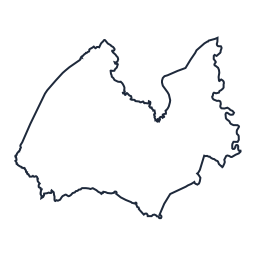 Mamprugu Moagduri, Northern, Ghana (Robinson projection)
{"feature_id": "2480657B18075285363234", "entity_name": "Mamprugu Moagduri", "entity_type": "district", "adm_level": 2, "iso_a3": "GHA", "parent_name": "Ghana", "parent_adm1": "Northern", "projection": "robinson", "projection_center": [-1.366, 10.258], "detail": "fine", "context": "isolated", "style": "outline", "palette": "slate", "viewbox_px": 256, "rotation_deg": 0, "n_neighbors": 0, "source": "geoboundaries", "source_scale": "gbopen_adm2", "svg_char_len": 5805}
<svg xmlns="http://www.w3.org/2000/svg" viewBox="0 0 256 256"><path d="M41.3,198.1L43.2,196.9L44.0,195.3L44.1,193.6L47.2,193.2L48.6,192.6L50.1,193.0L51.2,192.9L51.6,192.4L51.3,191.0L51.6,190.4L53.7,192.3L54.1,195.2L54.5,196.4L54.5,199.8L54.8,200.7L55.4,201.0L56.5,200.2L57.9,200.7L60.1,199.7L61.6,197.3L62.6,196.1L65.3,194.7L66.0,194.7L68.4,196.2L69.4,196.0L70.9,195.0L72.6,193.1L74.8,192.4L75.8,191.2L77.6,190.8L78.7,189.7L80.7,189.4L81.6,188.4L82.4,188.1L85.7,188.1L88.9,188.5L90.4,189.0L92.8,188.2L96.4,190.2L98.4,191.9L100.2,192.7L101.3,193.8L102.1,192.8L102.5,193.2L103.0,192.9L103.4,191.8L105.7,192.2L107.5,193.0L111.2,193.4L114.0,192.8L114.2,192.7L114.4,191.8L114.8,191.6L115.8,191.6L116.3,191.9L116.6,192.6L116.2,193.8L120.8,197.4L125.9,200.0L131.1,202.1L131.9,202.8L134.7,203.5L135.4,202.7L136.1,202.7L136.4,203.0L136.5,203.7L136.1,204.2L137.4,207.2L138.5,207.4L139.1,208.7L138.9,209.2L143.8,214.6L145.1,213.6L146.6,213.6L147.5,214.6L147.7,216.1L151.6,216.1L152.9,214.9L154.5,214.6L156.3,215.5L156.8,216.3L158.7,216.5L158.7,217.1L159.1,217.9L159.8,218.2L160.9,218.1L161.4,217.2L161.4,216.2L160.5,215.1L159.6,214.6L164.2,203.8L170.2,194.0L185.8,186.7L187.9,185.4L191.3,183.9L194.3,182.0L194.6,183.0L195.6,183.8L197.4,184.6L199.0,183.5L199.8,181.4L200.4,177.8L198.8,175.2L197.2,173.5L198.2,172.8L199.9,169.8L204.2,155.7L205.5,156.1L207.1,155.9L208.7,156.7L209.8,156.7L210.6,157.6L212.7,158.8L214.2,159.1L216.0,160.5L217.4,161.0L218.0,161.6L218.9,164.0L220.8,165.8L221.2,165.9L221.5,166.4L222.0,166.6L222.3,167.1L222.9,166.6L224.3,163.6L224.8,162.0L224.3,159.7L226.2,156.0L227.3,155.5L229.0,155.9L231.0,157.0L232.0,156.9L235.7,154.7L238.8,153.4L240.5,151.7L240.6,151.1L240.5,150.7L239.0,150.7L238.4,149.9L238.1,148.5L238.2,146.3L237.6,145.2L236.8,145.0L236.1,145.2L235.3,146.6L235.4,147.2L234.4,148.8L233.0,149.0L232.3,148.4L232.2,145.3L232.4,143.9L233.5,141.8L237.6,141.9L238.8,139.8L238.7,136.1L238.3,135.2L236.9,133.8L236.7,132.1L236.9,130.3L238.6,127.5L239.0,126.7L238.8,126.1L237.6,125.2L233.4,125.1L231.1,124.0L230.3,123.3L229.4,121.3L226.6,119.2L225.9,118.1L225.5,114.2L226.1,113.0L226.9,112.7L227.8,113.1L229.8,114.5L231.0,114.8L232.8,114.6L233.2,114.2L234.0,112.7L232.5,110.9L230.2,109.9L229.5,109.0L227.4,107.7L224.4,108.5L221.5,108.3L220.6,107.4L220.3,106.5L220.4,105.3L220.8,104.1L220.5,102.0L220.0,101.2L218.7,100.7L217.0,100.9L213.6,99.5L212.8,98.6L212.3,97.5L212.2,96.5L212.8,95.8L213.1,93.9L213.4,93.2L214.0,92.7L216.1,93.3L218.9,92.6L219.5,91.0L221.2,90.1L223.1,88.4L223.6,87.5L223.6,84.3L223.9,83.1L223.7,81.8L223.4,81.2L222.6,80.4L221.2,79.5L220.2,80.0L219.9,80.7L219.4,81.0L219.0,80.7L218.6,77.0L219.3,72.8L219.0,70.1L218.1,67.8L215.4,65.7L214.7,65.4L214.4,64.7L214.7,63.6L215.7,62.4L215.7,61.7L213.7,59.0L213.8,55.8L214.6,54.9L216.6,55.9L220.1,52.9L220.6,52.0L220.6,50.9L221.5,48.4L221.5,47.5L220.9,46.3L218.2,46.2L217.3,45.5L217.0,45.0L216.8,44.0L217.4,41.6L217.5,37.8L215.0,38.9L208.7,40.6L208.0,41.5L207.5,41.5L204.4,43.4L196.5,50.3L195.2,52.9L190.6,59.6L185.5,68.0L177.6,70.9L167.5,75.3L164.5,76.2L162.8,78.0L162.0,80.7L162.0,82.6L162.8,85.7L167.6,92.3L168.9,94.6L170.2,100.2L169.9,102.4L168.8,106.4L167.7,108.5L166.4,110.1L165.8,110.4L165.5,110.8L165.9,111.8L165.9,113.7L164.2,114.0L162.8,114.6L162.8,115.2L164.1,116.4L164.1,116.9L163.2,117.3L162.6,117.8L161.5,116.8L160.4,117.0L159.6,117.8L160.0,119.5L159.6,120.3L159.3,119.2L157.6,119.1L157.3,119.7L157.6,120.3L158.5,120.5L158.9,120.9L158.6,121.4L158.0,121.2L157.4,121.6L157.1,121.4L157.3,120.7L157.1,120.2L156.8,120.0L155.4,120.4L155.2,118.8L154.5,117.4L154.9,116.3L154.3,115.8L154.1,114.3L155.1,113.7L154.5,110.5L153.3,110.6L153.3,110.1L152.0,108.8L151.7,107.5L151.2,107.4L150.9,107.8L150.3,107.7L149.2,106.1L150.1,104.5L150.4,102.7L150.2,101.9L148.9,101.3L148.8,102.2L149.2,102.7L149.3,103.2L148.7,103.5L144.9,103.0L144.6,103.2L144.1,103.0L143.3,101.6L142.7,101.6L141.6,102.1L140.3,102.3L139.2,101.5L135.4,101.1L134.9,100.2L134.1,99.8L131.9,99.8L130.6,99.3L130.6,99.0L131.4,98.6L131.5,97.9L131.1,96.2L129.4,95.5L127.2,93.2L126.8,93.1L126.2,93.4L125.8,94.5L125.3,94.9L125.0,94.8L124.6,93.7L123.1,93.4L122.9,92.7L124.4,92.1L124.8,91.4L124.1,90.1L124.4,89.3L124.4,87.4L123.6,85.5L122.4,83.4L120.7,81.7L120.1,81.9L118.0,81.7L114.5,80.0L113.3,78.0L111.8,76.7L111.6,75.2L111.0,73.9L110.6,70.8L110.9,70.6L112.7,70.9L114.4,70.7L115.0,69.3L116.8,67.5L117.8,64.3L117.0,63.7L116.3,63.9L115.2,63.6L114.7,62.3L115.6,62.6L117.4,61.6L118.2,59.2L117.7,57.3L116.3,55.8L115.5,54.6L113.0,52.4L112.1,51.0L112.2,50.7L113.8,50.6L114.2,50.3L114.6,49.2L114.3,48.5L113.1,47.0L111.3,46.0L110.7,45.2L107.8,43.5L105.1,40.2L104.6,40.0L103.8,40.3L103.2,41.3L101.5,42.9L100.8,43.9L99.2,47.3L98.4,47.0L96.9,47.0L96.0,47.9L95.4,48.2L93.8,46.6L92.3,47.7L89.9,49.0L89.3,49.6L89.3,50.8L89.0,51.5L87.9,51.9L86.7,52.9L85.9,52.9L85.7,53.4L84.4,54.2L82.7,56.0L82.0,56.3L81.4,56.8L81.6,57.3L81.4,57.2L80.7,58.0L80.4,58.6L80.6,58.9L79.8,60.0L69.4,67.2L65.2,70.7L62.7,72.9L55.9,80.3L47.3,90.2L45.0,93.6L30.3,123.9L22.2,142.4L20.7,144.7L20.3,145.9L20.9,147.6L20.0,149.0L20.1,149.7L19.2,150.9L19.2,151.5L18.5,151.7L17.9,152.4L16.9,153.7L16.7,154.9L15.6,155.5L15.4,155.9L15.9,156.1L16.0,156.9L15.7,157.1L15.7,157.5L16.2,157.8L16.5,159.5L16.5,160.0L15.4,160.9L16.7,162.7L16.8,163.2L16.5,163.7L16.6,164.0L17.5,164.4L17.7,164.9L19.8,166.3L21.4,166.9L21.6,167.6L22.6,167.7L23.2,168.2L24.2,167.9L24.8,168.3L25.0,169.3L25.9,170.3L26.0,171.8L27.1,172.2L26.9,172.9L27.3,173.9L27.8,174.3L28.4,174.2L29.7,176.6L31.9,176.6L32.9,175.9L33.7,176.6L34.5,176.7L36.0,176.2L36.9,176.8L37.9,178.8L37.4,179.1L37.8,181.3L39.7,183.6L39.1,184.2L38.7,185.2L38.7,186.9L39.1,187.4L40.5,187.9L40.7,189.0L41.7,189.3L40.8,191.2L40.9,191.8L40.6,192.7L40.8,193.1L40.5,193.9L41.4,195.7L41.7,195.8L41.7,196.2L41.9,196.5L41.5,196.7L41.3,198.1Z" fill="none" stroke="#1e293b" stroke-width="2"/></svg>